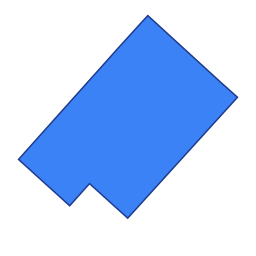 Alcorn, Mississippi, United States of America, rotated 312°
{"feature_id": "52423323B19683486878763", "entity_name": "Alcorn", "entity_type": "district", "adm_level": 2, "iso_a3": "USA", "parent_name": "United States of America", "parent_adm1": "Mississippi", "projection": "robinson", "projection_center": [-88.592, 34.876], "detail": "fine", "context": "isolated", "style": "filled", "palette": "blue", "viewbox_px": 256, "rotation_deg": 312, "n_neighbors": 0, "source": "geoboundaries", "source_scale": "gbopen_adm2", "svg_char_len": 335}
<svg xmlns="http://www.w3.org/2000/svg" viewBox="0 0 256 256"><g transform="rotate(312 128 128)"><path d="M224.8,67.5L217.7,67.4L180.1,67.2L161.4,67.3L46.7,67.6L31.4,67.7L31.3,90.3L31.2,136.7L60.9,136.6L60.8,188.1L75.3,188.2L82.7,188.2L224.1,188.8L224.0,166.6L224.8,67.5Z" fill="#3b82f6" stroke="#1e3a8a" stroke-width="1.5"/></g></svg>